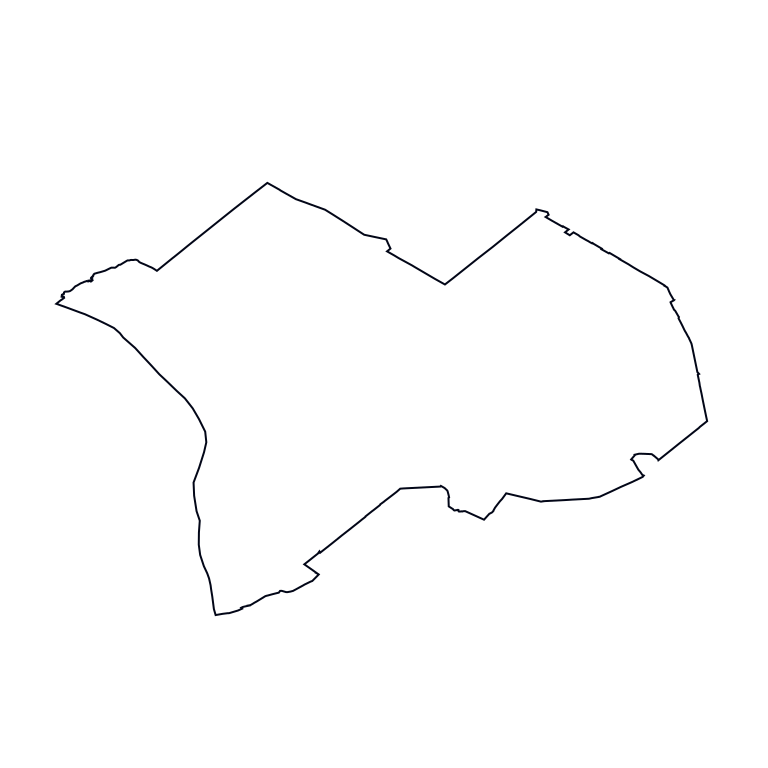 outline of Nīcgales pag., Daugavpils, Latvia, rotated 354°
{"feature_id": "27541924B22704913663351", "entity_name": "Nīcgales pag.", "entity_type": "district", "adm_level": 2, "iso_a3": "LVA", "parent_name": "Latvia", "parent_adm1": "Daugavpils", "projection": "equal_earth", "projection_center": [26.391, 56.15], "detail": "fine", "context": "isolated", "style": "outline", "palette": "ink", "viewbox_px": 768, "rotation_deg": 354, "n_neighbors": 0, "source": "geoboundaries", "source_scale": "gbopen_adm2", "svg_char_len": 5855}
<svg xmlns="http://www.w3.org/2000/svg" viewBox="0 0 768 768"><g transform="rotate(354 384 384)"><path d="M701.5,454.7L701.0,450.2L700.4,444.2L699.4,433.9L698.8,426.9L698.3,422.4L698.1,420.2L697.9,419.0L697.8,415.7L697.0,407.8L697.0,407.5L697.2,407.3L698.4,406.9L696.9,404.9L694.2,377.4L694.1,377.1L694.1,376.7L694.0,376.0L693.6,374.8L692.6,371.9L692.2,370.8L692.2,370.4L691.2,368.3L689.7,364.6L688.8,362.7L688.3,361.4L687.0,357.7L685.6,354.0L683.8,349.5L683.8,349.4L684.3,348.3L684.2,348.2L681.3,341.7L680.9,341.2L680.1,340.3L679.8,339.2L679.1,337.4L677.5,332.8L677.5,332.6L681.2,331.0L681.3,330.9L681.0,330.8L678.2,324.7L677.1,321.5L676.8,320.4L676.2,318.6L676.0,317.8L675.7,317.5L674.4,316.5L673.3,315.7L673.5,315.5L673.1,315.1L669.4,312.3L658.7,304.3L650.7,298.9L644.2,294.1L640.9,291.5L639.8,290.6L631.3,284.5L631.6,284.3L622.0,277.2L621.3,277.6L614.3,272.7L614.8,272.2L606.7,266.2L606.2,265.6L605.7,265.9L603.9,264.7L602.1,263.3L600.0,261.9L594.3,257.8L593.0,256.4L588.3,253.0L584.3,255.5L579.9,252.1L583.8,249.6L583.2,249.2L578.7,246.1L578.5,245.9L578.1,246.3L568.0,239.1L562.2,234.8L562.6,234.6L565.4,232.9L564.5,230.2L557.3,227.5L553.8,226.3L553.4,228.3L553.3,228.8L536.9,239.4L533.2,241.8L522.2,248.8L506.5,259.0L491.0,268.6L479.1,276.2L473.6,279.7L468.9,282.7L463.9,285.9L455.0,291.4L445.8,284.9L436.7,278.2L426.8,270.9L424.3,269.0L420.1,266.1L411.7,260.3L407.6,257.2L400.9,252.4L404.6,250.0L402.6,244.3L402.1,242.6L401.3,240.4L391.0,237.1L379.9,233.5L374.2,228.9L369.8,225.3L359.4,216.9L355.2,213.6L350.8,210.1L343.6,204.5L328.8,197.3L325.4,195.6L316.0,191.1L315.9,191.1L306.6,184.5L301.0,180.5L300.7,180.1L289.0,171.8L275.9,179.9L258.3,190.9L253.5,193.9L240.2,202.4L238.5,203.5L225.1,212.1L209.0,222.4L202.8,226.4L197.8,229.7L192.1,233.4L188.2,235.9L187.2,236.5L170.0,247.7L167.3,245.5L165.7,244.3L164.6,243.6L162.7,242.6L160.9,241.5L158.3,240.0L156.8,239.2L154.8,238.1L153.6,237.3L153.2,236.9L152.8,236.4L152.3,235.6L152.2,235.5L151.8,235.3L151.3,234.9L150.6,234.6L150.0,234.4L149.4,234.4L148.7,234.4L147.8,234.5L146.7,234.4L145.6,234.2L144.9,234.2L144.1,234.4L143.4,234.5L142.3,234.3L142.0,234.3L141.3,234.5L134.5,237.7L134.3,237.8L134.1,237.8L133.2,237.8L132.9,237.8L132.6,237.9L129.9,239.7L129.0,240.1L128.8,240.2L128.4,240.2L125.8,239.9L125.0,239.8L123.0,240.5L118.7,242.1L118.3,242.2L113.5,243.1L111.2,243.4L110.0,243.6L108.5,243.9L107.7,244.0L107.4,244.1L107.0,244.6L106.8,244.7L106.6,244.8L106.5,245.0L106.2,245.6L106.2,245.8L105.9,245.9L105.8,246.0L105.8,246.5L105.7,246.7L105.1,246.8L105.0,247.0L104.8,247.2L104.4,247.2L104.2,247.4L104.4,247.7L104.2,247.7L104.0,247.8L104.1,248.0L103.7,248.3L103.8,248.5L104.1,248.7L104.5,249.2L104.5,249.3L104.5,249.5L104.9,250.2L105.0,250.3L104.8,250.5L104.7,250.5L104.1,250.5L103.9,250.6L103.9,251.1L103.7,251.3L103.4,251.4L103.2,251.3L102.9,251.4L102.5,251.1L102.7,250.9L102.8,250.7L103.0,250.5L103.0,250.4L102.7,250.3L102.2,250.3L102.3,250.4L102.2,250.6L101.9,250.7L101.4,250.8L101.1,250.9L100.8,251.0L100.4,251.1L100.1,250.9L99.9,250.8L99.3,250.5L99.1,250.5L98.9,250.6L98.4,250.7L97.1,251.0L96.7,251.0L95.4,251.5L92.8,252.2L89.2,253.9L87.2,254.6L85.3,256.2L84.2,257.2L82.5,258.2L81.3,258.8L80.6,258.9L79.8,259.0L77.5,258.9L76.5,258.8L75.3,259.5L75.1,260.9L74.4,261.0L73.0,261.6L72.5,263.5L73.2,263.7L74.1,263.4L74.7,263.7L74.9,264.9L73.7,265.6L72.2,266.5L71.1,267.0L66.5,270.0L76.9,275.0L89.4,281.2L93.8,283.3L105.3,290.0L113.7,295.2L121.3,300.1L126.6,305.8L129.5,310.5L134.4,315.8L140.3,322.2L147.7,332.3L154.7,341.5L161.6,350.9L168.6,359.0L177.4,369.5L184.5,377.5L191.2,388.2L196.3,399.5L201.2,412.7L201.2,423.4L197.9,433.0L191.4,447.9L184.3,462.1L183.5,475.3L184.3,490.9L186.5,500.7L184.4,512.4L183.0,524.4L183.3,534.8L185.8,546.3L188.4,553.8L189.7,559.1L190.5,566.0L190.6,570.0L191.0,577.4L191.3,590.0L192.4,596.2L199.6,595.7L204.7,595.6L205.7,595.7L206.1,595.7L215.2,594.0L219.4,592.6L218.9,592.0L218.6,591.6L220.3,591.0L222.5,590.7L226.4,590.3L226.2,590.1L227.6,590.0L228.6,589.7L230.4,588.9L232.2,588.0L234.6,587.0L243.8,582.6L244.3,582.5L244.8,582.4L245.3,582.3L246.3,582.2L248.1,581.9L250.5,581.5L253.9,581.0L257.6,580.5L259.0,578.9L260.6,579.0L262.1,579.6L264.8,580.7L266.1,580.9L268.8,580.7L269.1,580.7L271.6,580.3L271.8,580.3L282.9,575.7L283.9,575.2L285.6,574.6L290.2,572.9L292.1,572.4L299.2,566.6L298.9,566.3L296.9,564.9L297.1,564.8L285.9,555.0L296.8,548.1L300.9,545.5L300.8,545.4L302.3,543.7L302.9,545.1L304.8,543.9L315.6,537.1L326.1,530.3L336.5,523.8L339.8,521.7L345.0,518.4L348.2,516.3L349.7,515.4L351.6,514.2L351.7,513.8L359.4,508.9L360.0,508.6L367.3,504.0L367.7,503.3L371.7,501.0L372.0,500.8L372.2,500.6L381.7,494.8L385.4,492.5L387.8,490.8L389.2,489.8L392.5,489.9L396.3,490.1L410.8,490.9L429.4,491.9L429.9,491.3L430.2,491.5L431.6,492.5L433.0,493.5L433.7,494.1L434.5,495.1L435.5,496.2L436.0,497.1L436.6,500.9L436.9,503.6L436.2,504.1L435.6,512.5L439.6,515.7L439.7,516.0L440.4,516.9L440.7,517.1L441.2,517.2L441.6,517.1L442.4,517.1L443.3,517.0L444.0,516.9L444.5,516.9L444.9,517.1L444.9,517.4L444.8,518.3L444.9,518.5L445.4,518.7L446.1,518.8L446.7,518.8L447.6,518.7L448.3,519.0L449.2,518.8L451.4,518.9L469.3,529.4L475.3,524.0L476.1,523.8L478.2,522.9L479.6,521.6L479.6,521.3L481.5,518.6L484.4,515.5L487.0,512.8L489.4,510.7L494.1,505.5L504.7,509.2L517.1,513.5L527.8,517.4L530.4,517.3L530.4,517.2L539.4,517.7L550.7,518.3L557.4,518.6L557.9,518.6L571.4,519.3L575.1,519.5L576.3,519.5L578.7,519.2L585.4,518.8L585.5,518.7L586.8,518.7L587.2,518.5L599.4,514.4L607.7,511.5L608.5,511.2L620.2,507.5L628.9,504.4L631.6,503.4L632.8,502.2L631.4,501.4L629.9,498.6L628.0,495.8L626.0,491.2L623.9,486.3L622.2,485.2L621.9,484.9L626.5,480.6L626.4,480.5L630.4,480.0L634.5,480.5L642.6,481.7L643.4,482.1L644.6,483.4L644.8,483.4L648.1,486.9L648.5,487.3L648.7,487.6L648.8,488.0L648.9,488.5L660.3,481.2L671.0,474.3L692.7,460.5L693.6,459.7L701.5,454.7Z" fill="none" stroke="#020617" stroke-width="2"/></g></svg>